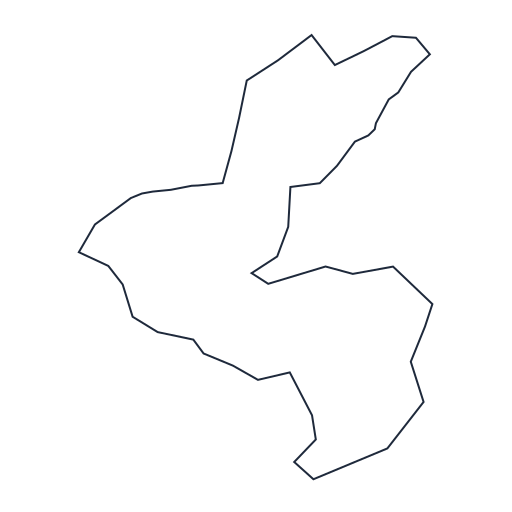 an SVG outline of Siguldas, rotated 271°
{"feature_id": "LVA-5778", "entity_name": "Siguldas", "entity_type": "Municipality", "adm_level": 1, "iso_a3": "LVA", "parent_name": "Latvia", "parent_adm1": "", "projection": "orthographic", "projection_center": [24.938, 57.102], "detail": "fine", "context": "isolated", "style": "outline", "palette": "slate", "viewbox_px": 512, "rotation_deg": 271, "n_neighbors": 0, "source": "natural_earth", "source_scale": "10m", "svg_char_len": 819}
<svg xmlns="http://www.w3.org/2000/svg" viewBox="0 0 512 512"><g transform="rotate(271 256 256)"><path d="M460.7,426.3L442.9,407.8L422.0,395.4L414.9,386.0L390.9,373.6L384.8,372.5L378.5,366.2L372.1,352.9L347.6,335.4L329.9,318.5L325.6,289.2L285.7,287.7L255.9,277.2L238.8,251.9L228.4,268.7L246.7,325.7L239.8,353.1L247.8,393.2L211.0,433.2L188.4,426.2L153.0,412.6L113.0,426.1L65.9,390.7L33.8,317.3L50.7,297.8L73.6,319.0L97.7,314.8L140.2,291.8L132.2,260.1L146.0,234.8L157.6,205.3L171.3,194.8L178.2,159.0L193.1,133.7L225.2,123.2L243.5,108.5L256.7,78.8L284.7,94.4L311.8,129.9L316.5,140.9L318.6,151.6L320.7,169.7L325.1,190.5L325.5,197.0L328.3,221.4L360.4,229.6L393.9,236.7L431.3,243.7L452.0,274.5L477.9,307.7L448.3,331.5L462.6,359.9L478.2,388.4L477.0,412.1L460.7,426.3Z" fill="none" stroke="#1e293b" stroke-width="2"/></g></svg>